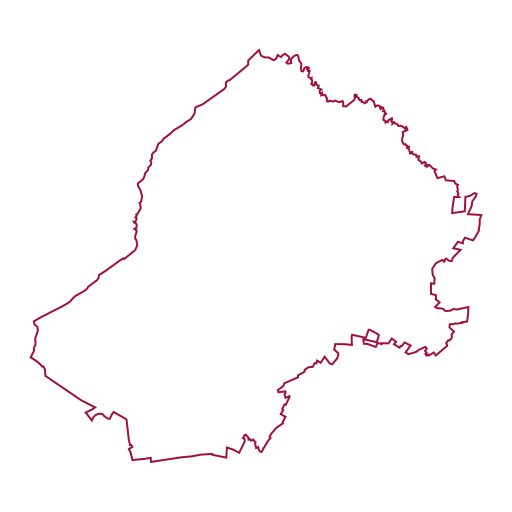 the district of Puerto Escondido, Córdoba, Colombia
{"feature_id": "7082276B3276683190429", "entity_name": "Puerto Escondido", "entity_type": "district", "adm_level": 2, "iso_a3": "COL", "parent_name": "Colombia", "parent_adm1": "Córdoba", "projection": "mercator", "projection_center": [-76.165, 8.994], "detail": "fine", "context": "isolated", "style": "outline", "palette": "rose", "viewbox_px": 512, "rotation_deg": 0, "n_neighbors": 0, "source": "geoboundaries", "source_scale": "gbopen_adm2", "svg_char_len": 6008}
<svg xmlns="http://www.w3.org/2000/svg" viewBox="0 0 512 512"><path d="M435.8,355.5L447.3,345.7L446.3,342.8L448.3,340.3L449.4,340.5L451.4,338.4L452.0,336.9L451.6,334.6L454.0,331.6L449.5,327.4L449.8,324.2L453.5,324.2L455.3,323.4L456.3,323.7L461.5,323.0L461.5,322.5L462.5,322.7L462.6,322.1L467.1,321.5L468.2,313.4L468.3,307.0L457.2,309.5L453.2,309.0L450.6,310.6L446.7,311.0L445.0,310.8L443.4,309.1L441.8,308.5L436.8,308.2L435.1,306.8L439.6,302.4L436.0,299.5L435.9,295.1L431.0,293.9L431.0,283.3L434.2,283.8L434.7,278.5L432.7,274.6L432.2,268.9L436.0,263.1L442.3,259.9L444.0,261.7L444.6,261.1L444.2,260.4L446.1,258.6L449.0,260.7L451.6,261.2L453.1,257.4L460.6,249.8L453.3,248.3L457.9,241.8L462.9,243.3L462.9,241.2L464.9,237.7L473.1,240.4L475.4,236.9L479.1,230.2L478.7,229.5L479.7,224.6L479.7,219.6L481.3,215.0L467.9,214.2L471.5,206.4L472.4,201.2L475.9,196.4L476.6,193.9L474.4,193.1L470.0,195.8L465.4,197.0L464.8,211.3L452.2,213.1L452.4,208.5L454.1,197.0L459.0,197.0L457.8,195.8L457.7,195.0L458.5,193.8L457.2,191.4L457.9,190.4L457.2,186.0L457.9,184.8L455.1,183.5L454.3,181.0L445.9,180.3L444.3,176.3L437.4,178.1L434.6,171.5L434.8,170.4L435.9,169.5L432.8,168.4L429.5,165.0L428.5,165.0L427.1,166.8L425.9,166.5L425.3,165.9L426.4,165.7L426.7,164.9L425.3,163.7L425.7,162.7L424.7,162.5L424.4,162.0L421.9,163.5L420.8,161.5L418.3,159.7L419.0,156.3L416.5,156.8L416.3,154.9L413.4,154.3L412.3,153.3L412.3,152.0L411.5,152.1L410.7,153.4L410.1,153.5L409.1,149.4L407.5,148.2L408.6,147.9L409.0,146.7L407.1,146.5L406.9,145.5L405.9,145.2L405.3,144.1L403.7,144.3L402.2,141.1L402.1,138.8L403.3,134.8L402.7,132.0L407.4,129.9L406.3,126.9L405.8,127.1L405.7,128.6L405.2,128.7L402.2,126.3L400.2,125.7L398.5,126.0L396.8,123.8L394.6,123.4L394.1,122.3L392.5,123.7L392.7,122.1L391.8,121.9L391.3,121.2L392.2,118.8L391.9,118.2L388.4,120.3L387.9,122.0L387.0,121.8L385.5,122.6L385.5,120.7L383.6,120.1L383.3,119.1L384.3,115.2L386.1,113.8L387.0,114.2L385.8,113.5L384.9,114.0L384.8,111.5L383.2,111.2L383.9,110.0L383.3,109.5L383.3,107.9L382.0,107.3L380.7,109.0L380.1,108.2L380.4,106.7L378.3,105.5L376.8,105.6L375.3,106.7L373.5,101.0L371.9,100.2L370.7,98.7L368.9,99.3L367.1,101.1L366.3,101.1L366.7,102.2L364.5,103.3L363.5,102.2L361.6,101.9L361.4,99.9L360.3,100.3L359.3,99.9L358.8,98.3L357.4,97.1L356.3,96.9L356.8,95.6L356.4,94.9L355.1,94.5L354.5,95.2L354.8,98.1L354.2,100.0L346.0,106.5L343.2,106.2L343.2,102.1L342.5,101.0L339.7,102.1L337.8,101.8L335.1,100.5L333.1,101.6L329.2,100.7L328.7,101.4L327.4,101.6L326.8,101.1L326.9,98.1L325.7,96.6L325.5,95.2L323.1,94.8L321.3,95.3L321.9,92.8L320.6,93.6L319.8,93.0L319.6,91.0L321.3,89.4L317.8,88.0L318.7,85.7L316.4,84.7L316.1,82.3L315.4,82.1L314.9,82.6L314.1,85.5L313.1,85.6L312.6,84.6L311.4,84.2L312.3,81.2L312.0,80.0L311.0,79.2L311.6,77.9L310.5,78.0L308.6,77.2L308.3,75.9L309.6,70.9L307.8,70.9L307.1,68.6L308.8,68.6L308.9,68.1L307.7,67.1L306.1,67.1L304.3,68.1L303.3,71.2L302.3,71.5L301.4,70.9L300.9,67.8L301.4,63.7L298.9,60.1L298.3,56.4L297.4,55.0L295.9,55.1L293.8,56.3L291.4,58.6L290.8,59.9L291.2,63.1L288.0,63.7L286.4,62.6L288.8,59.5L289.3,57.6L288.6,56.5L285.1,53.8L282.7,55.1L280.9,57.1L277.6,55.1L276.1,58.8L273.6,60.2L268.7,57.5L264.9,57.4L261.7,56.1L260.9,55.3L258.9,50.1L248.2,60.5L248.2,64.5L247.5,65.4L229.6,80.2L228.3,80.4L225.9,82.3L226.0,86.6L224.1,89.1L202.8,104.2L195.4,107.4L194.5,113.7L191.0,119.0L186.0,122.1L183.3,124.5L173.9,130.2L170.1,133.8L163.4,138.9L162.0,141.2L158.4,143.8L155.7,151.0L153.5,152.4L151.9,154.6L152.0,158.4L150.3,160.6L151.3,162.2L150.9,164.9L148.4,167.4L148.1,169.9L145.3,173.0L144.2,177.0L143.0,179.3L137.9,183.3L137.9,185.8L140.2,189.6L142.1,196.0L141.3,200.9L140.3,202.6L139.5,203.0L140.4,204.4L140.1,205.3L140.7,206.7L140.5,208.7L137.8,213.4L136.2,214.6L136.7,215.5L135.5,217.4L136.4,217.7L136.5,219.3L135.8,220.8L134.4,222.1L133.8,221.9L134.1,222.6L135.9,223.2L136.7,224.8L136.6,227.4L134.3,228.9L136.4,229.8L136.1,230.6L136.7,231.6L135.2,236.1L135.2,238.6L136.5,240.3L137.2,245.5L135.2,250.1L124.2,259.0L123.4,258.3L120.0,260.4L104.9,271.3L99.0,275.0L98.7,277.6L97.1,280.1L88.1,286.8L87.3,288.5L84.8,290.7L74.8,296.3L69.5,302.1L62.4,306.3L41.5,316.9L33.8,321.4L34.5,324.4L37.4,326.9L37.9,330.5L35.2,338.5L35.5,344.1L33.8,348.6L34.1,350.6L30.7,357.3L38.5,362.5L38.6,363.2L40.3,364.3L42.0,366.5L43.1,366.3L43.7,366.9L45.0,369.7L45.4,375.9L81.1,400.2L95.1,407.4L92.2,409.4L85.7,412.5L91.9,420.5L93.3,417.3L95.3,415.3L97.6,414.1L100.5,413.6L102.8,414.3L104.1,416.0L107.8,418.6L109.7,418.9L112.4,413.5L113.7,412.0L126.5,419.4L128.7,438.8L130.0,445.1L131.0,444.9L132.4,446.9L128.9,449.0L130.6,452.8L132.5,460.0L144.6,458.9L150.7,457.8L151.0,461.9L181.4,457.3L191.5,456.4L200.4,454.7L212.2,453.9L212.3,454.8L226.3,457.6L226.9,447.5L233.2,449.6L239.2,452.8L244.8,441.3L244.5,439.1L242.9,438.0L244.0,437.0L244.3,435.4L245.8,434.7L248.4,437.7L248.6,439.6L249.8,439.0L250.9,440.6L253.5,439.6L253.6,440.5L255.5,442.0L255.1,443.9L256.1,448.0L258.2,447.1L258.5,448.9L259.7,451.4L261.6,451.9L263.0,449.5L263.1,448.3L264.0,447.7L268.0,440.8L270.5,438.0L269.6,436.5L271.6,433.3L276.8,427.4L283.0,423.4L282.5,422.3L285.5,416.8L280.7,414.1L283.2,410.1L282.2,409.0L284.6,404.4L285.8,404.8L289.7,396.6L289.3,396.1L285.5,397.8L284.5,394.2L285.6,392.8L285.4,391.4L278.4,392.2L277.8,390.1L283.4,386.0L284.4,383.2L298.0,377.3L298.0,375.3L304.5,371.8L304.7,369.8L308.6,367.2L312.8,366.8L314.6,363.2L316.5,363.4L317.0,360.6L320.7,362.8L324.6,356.7L329.9,363.6L332.1,364.3L337.0,358.7L338.2,355.4L338.3,353.3L334.2,349.5L335.3,344.1L344.3,344.2L351.9,344.9L351.6,336.6L352.1,334.8L365.8,337.8L368.4,330.3L368.8,329.7L369.7,329.8L376.1,333.1L378.9,335.2L376.8,342.2L363.9,339.3L363.2,339.5L364.0,343.8L367.3,343.9L375.8,347.0L377.6,342.9L381.6,344.1L381.6,343.2L388.5,343.4L391.8,338.5L396.1,341.8L394.0,344.2L399.6,347.7L400.7,346.0L401.8,346.1L404.6,342.5L410.6,345.5L405.6,352.3L408.5,354.2L416.4,351.8L418.9,349.8L425.2,346.9L426.8,348.6L425.0,350.9L426.6,352.7L425.4,354.0L426.8,355.6L428.2,354.5L429.1,355.4L433.7,352.5L435.8,355.5Z" fill="none" stroke="#9f1239" stroke-width="2"/></svg>